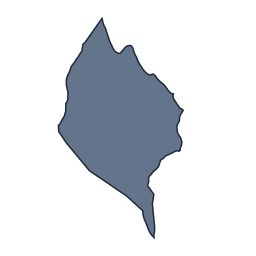 Morne Cayenne, Vieux Fort, Saint Lucia, rotated 128°
{"feature_id": "8701671B31053612499035", "entity_name": "Morne Cayenne", "entity_type": "district", "adm_level": 2, "iso_a3": "LCA", "parent_name": "Saint Lucia", "parent_adm1": "Vieux Fort", "projection": "natural_earth1", "projection_center": [-60.957, 13.785], "detail": "fine", "context": "isolated", "style": "filled", "palette": "slate", "viewbox_px": 256, "rotation_deg": 128, "n_neighbors": 0, "source": "geoboundaries", "source_scale": "gbopen_adm2", "svg_char_len": 2929}
<svg xmlns="http://www.w3.org/2000/svg" viewBox="0 0 256 256"><g transform="rotate(128 128 128)"><path d="M61.3,175.7L61.4,176.6L61.7,177.2L62.3,177.9L62.9,178.4L63.6,179.0L64.6,179.4L65.4,179.6L66.3,179.9L67.3,179.9L68.8,179.9L70.4,180.0L73.8,180.2L74.3,180.5L74.6,180.9L74.8,181.2L75.1,181.8L75.2,182.3L75.3,182.9L75.5,183.8L75.6,184.5L75.5,185.4L75.5,186.2L75.2,186.9L74.9,187.6L74.6,188.5L74.2,189.3L73.8,190.1L73.5,190.7L73.1,191.5L72.5,192.7L72.2,193.5L71.7,194.3L71.3,195.1L70.9,195.8L70.5,196.4L69.8,197.6L69.0,198.6L68.3,199.6L67.7,200.6L66.8,202.1L66.2,202.9L65.1,204.6L64.3,205.7L63.6,206.7L62.9,208.1L62.4,209.1L61.9,210.2L61.6,210.8L61.3,211.5L60.9,212.0L60.4,212.6L59.8,213.3L59.3,213.9L59.0,214.3L58.8,214.4L57.7,216.0L87.4,214.5L88.3,214.8L89.6,215.1L92.0,213.8L93.6,212.9L95.8,211.6L98.1,211.6L101.2,211.3L102.7,211.0L106.0,211.1L107.8,210.7L114.0,210.6L116.2,210.0L119.1,208.9L123.9,207.9L127.0,206.8L128.0,206.3L130.0,204.7L132.2,202.9L134.3,200.4L136.7,197.4L138.6,195.9L142.8,192.9L144.3,192.3L147.0,192.1L148.2,191.0L150.3,189.6L152.9,187.5L154.5,186.9L157.7,185.5L161.4,185.1L163.0,184.9L166.1,184.2L167.4,184.2L168.8,184.5L169.0,184.3L173.5,180.3L177.7,167.3L185.4,132.2L183.1,97.0L182.4,87.6L184.1,65.6L185.4,64.3L186.7,63.1L186.9,62.9L187.8,61.8L188.6,60.9L188.7,60.7L190.3,58.3L191.0,56.8L191.5,55.7L191.9,55.0L192.1,54.6L192.3,54.3L192.8,53.7L194.9,50.3L195.6,49.0L195.9,48.3L196.4,47.3L196.9,46.5L197.0,46.0L197.2,45.4L197.8,43.5L198.1,41.7L198.3,40.0L198.1,40.2L197.3,41.0L196.6,41.5L195.0,42.6L194.4,42.8L193.7,43.1L193.2,43.4L192.6,43.7L191.4,44.8L190.5,45.4L190.1,45.6L172.9,62.0L164.4,66.8L161.3,77.1L157.1,78.9L155.7,80.4L153.3,81.5L150.9,81.2L146.6,81.2L143.0,80.4L141.7,80.3L139.5,80.2L133.3,82.5L129.8,81.4L127.4,81.2L126.7,81.1L124.9,80.1L120.0,77.6L117.2,76.5L116.1,75.7L114.9,73.6L114.2,73.3L113.4,73.1L111.9,74.3L108.1,75.5L106.0,76.8L103.6,80.0L101.5,85.6L99.8,87.6L96.8,90.4L94.4,91.3L93.5,91.4L90.9,91.8L89.1,93.1L87.2,94.2L84.4,94.9L82.5,95.1L80.6,95.2L79.9,95.8L79.9,97.2L80.2,98.4L80.3,100.0L79.7,101.3L78.8,104.6L77.6,108.2L76.6,110.6L75.3,112.0L74.2,112.8L73.2,113.1L73.5,113.8L73.9,114.5L74.0,115.2L74.1,115.7L74.0,116.8L73.9,117.9L73.7,119.4L73.5,119.9L73.3,120.5L73.2,121.1L73.0,121.5L72.8,122.2L72.7,122.7L72.5,123.4L72.2,124.2L72.0,125.1L71.9,125.9L71.8,126.5L71.8,127.1L71.7,127.6L71.7,127.9L71.7,129.7L71.6,131.1L71.6,131.8L71.4,132.7L71.3,133.7L71.3,134.6L71.2,135.1L71.1,135.6L70.9,136.2L70.7,136.7L70.4,137.4L70.1,138.3L69.9,139.2L69.9,140.0L70.0,140.6L70.1,141.2L70.3,141.9L70.6,142.1L71.1,142.2L71.9,142.4L72.2,142.8L72.6,143.4L72.9,144.1L73.2,144.8L73.4,145.8L73.4,146.7L73.4,147.6L73.2,149.1L73.0,150.7L72.4,152.7L71.3,155.9L70.1,159.0L69.4,160.7L69.0,161.4L68.5,162.5L67.8,163.6L66.9,165.0L66.3,166.4L65.7,167.8L65.1,168.9L64.6,169.9L64.0,170.7L63.1,171.9L62.4,172.7L61.9,173.8L61.6,174.5L61.3,175.7Z" fill="#64748b" stroke="#1e293b" stroke-width="1.5"/></g></svg>